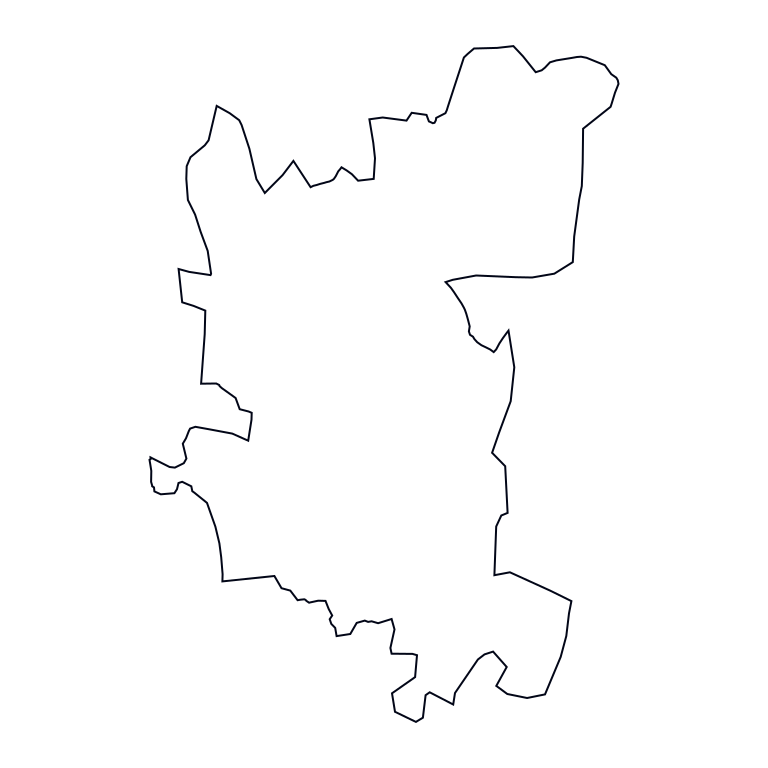 outline of Bindawa, Katsina, Nigeria
{"feature_id": "59680162B3936014826761", "entity_name": "Bindawa", "entity_type": "district", "adm_level": 2, "iso_a3": "NGA", "parent_name": "Nigeria", "parent_adm1": "Katsina", "projection": "equal_earth", "projection_center": [7.884, 12.708], "detail": "fine", "context": "isolated", "style": "outline", "palette": "ink", "viewbox_px": 768, "rotation_deg": 0, "n_neighbors": 0, "source": "geoboundaries", "source_scale": "gbopen_adm2", "svg_char_len": 2901}
<svg xmlns="http://www.w3.org/2000/svg" viewBox="0 0 768 768"><path d="M201.1,383.7L216.2,383.5L219.2,385.0L219.6,386.1L221.8,388.1L235.6,398.0L239.7,409.2L248.6,411.5L251.7,412.8L251.5,419.7L248.2,440.7L232.3,433.6L209.8,429.4L195.4,426.8L190.1,428.6L188.8,431.1L186.0,438.3L182.8,443.7L186.4,458.6L183.8,463.2L174.9,467.6L169.6,467.0L150.5,457.4L150.6,459.1L149.5,459.8L150.2,463.9L150.6,466.4L151.3,470.9L151.1,481.9L151.8,484.3L152.2,485.7L152.2,486.3L154.0,487.4L154.4,491.4L160.8,494.3L174.4,493.2L177.0,489.2L178.5,483.0L182.2,481.8L191.3,486.3L192.3,491.2L194.4,492.7L207.0,502.9L215.4,526.7L219.4,543.4L221.2,557.2L222.6,574.2L222.4,581.4L274.4,576.0L281.5,588.2L290.3,590.6L297.6,600.2L300.5,599.7L304.3,599.3L305.6,599.9L306.3,600.8L309.1,602.7L310.3,602.4L318.2,600.7L325.5,600.9L328.7,609.0L332.2,615.5L329.7,619.2L331.3,623.9L335.2,627.9L336.6,636.1L350.3,634.0L356.7,622.9L364.8,620.6L368.1,621.9L371.6,621.3L378.1,623.2L391.6,619.0L394.5,629.4L390.4,648.0L391.6,653.7L412.5,653.9L417.0,655.2L415.1,677.1L392.0,693.3L395.0,711.8L415.9,721.9L422.9,717.7L425.6,695.2L429.7,692.3L453.2,704.5L455.0,693.0L477.9,659.5L484.5,654.4L493.1,651.6L506.7,667.0L496.3,685.9L507.3,694.0L527.1,698.0L545.0,694.4L560.7,656.9L566.3,636.0L569.0,613.4L571.4,601.1L550.1,590.6L509.9,572.3L494.4,575.2L496.2,526.5L501.3,515.5L507.6,512.9L505.2,466.2L492.1,452.8L499.1,432.6L510.7,401.2L514.3,367.3L508.5,330.6L506.7,332.9L502.9,338.1L499.4,343.4L496.2,349.4L493.7,352.1L490.2,349.5L486.0,347.4L481.4,345.2L477.2,342.2L474.4,339.1L473.0,336.7L470.0,334.8L468.9,331.4L469.7,326.4L468.1,320.2L467.5,318.0L466.3,313.8L464.9,309.8L463.9,307.7L461.5,303.4L457.7,297.8L453.9,292.0L450.9,287.8L445.6,282.1L452.8,279.8L476.1,275.5L516.0,277.2L532.1,277.5L554.2,273.7L554.3,273.7L572.8,262.1L574.2,236.5L579.2,199.5L581.8,186.1L582.7,163.0L582.8,154.6L583.1,128.7L610.6,106.8L611.7,103.5L615.0,92.7L618.5,83.9L617.8,80.3L616.3,77.7L611.3,74.2L604.8,65.2L586.6,57.8L581.0,56.7L577.0,57.0L571.9,57.9L556.4,60.4L550.0,62.3L545.0,67.6L541.7,70.3L535.7,72.2L523.0,56.3L513.4,46.1L497.2,47.9L474.0,48.5L467.7,53.9L463.9,57.5L453.9,88.1L447.9,106.6L446.8,110.2L445.4,113.2L436.2,117.9L435.8,120.4L434.5,122.8L432.8,123.2L431.4,122.5L428.9,121.4L426.5,114.9L411.7,112.8L406.5,120.6L382.7,117.5L369.4,119.3L373.3,142.9L375.0,158.3L373.7,178.9L358.1,180.7L351.9,174.2L346.6,170.4L341.5,167.3L340.1,169.2L338.2,171.4L337.3,173.2L335.7,176.3L333.9,178.9L332.7,179.9L329.4,181.5L326.4,182.2L324.1,182.9L320.1,183.9L316.7,185.0L313.4,185.8L310.6,187.2L293.4,160.9L282.6,175.1L264.8,193.0L256.4,179.1L249.4,148.8L241.6,125.0L239.2,120.2L229.7,113.2L216.7,105.9L208.6,140.3L204.8,145.3L190.5,157.2L186.7,166.2L186.3,178.9L187.9,200.0L195.1,214.6L200.6,231.7L207.7,250.9L211.1,273.8L210.5,275.1L189.2,271.9L178.6,269.0L182.2,302.3L193.6,305.9L205.3,310.6L204.7,334.2L201.1,383.7Z" fill="none" stroke="#020617" stroke-width="2"/></svg>